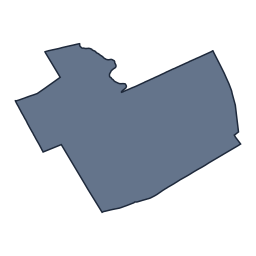 outline of Seaca, Olt, Romania
{"feature_id": "2599482B6293048633875", "entity_name": "Seaca", "entity_type": "district", "adm_level": 2, "iso_a3": "ROU", "parent_name": "Romania", "parent_adm1": "Olt", "projection": "orthographic", "projection_center": [24.742, 44.162], "detail": "fine", "context": "isolated", "style": "filled", "palette": "slate", "viewbox_px": 256, "rotation_deg": 0, "n_neighbors": 0, "source": "geoboundaries", "source_scale": "gbopen_adm2", "svg_char_len": 5060}
<svg xmlns="http://www.w3.org/2000/svg" viewBox="0 0 256 256"><path d="M240.6,144.0L235.4,137.1L234.3,135.1L235.3,134.4L238.5,131.9L236.4,114.4L236.0,111.0L235.3,105.1L232.2,93.7L231.6,90.9L231.1,89.5L228.9,83.7L226.4,78.2L224.2,73.2L220.4,65.6L216.0,57.0L213.8,52.7L213.3,51.6L212.9,50.8L212.4,50.9L212.2,51.1L211.9,51.3L211.8,51.5L211.6,51.6L211.2,51.7L210.9,51.9L210.6,52.0L209.7,52.4L209.5,52.5L202.9,55.5L202.0,55.9L201.0,56.4L200.1,56.8L199.2,57.2L198.3,57.6L197.6,57.9L196.9,58.2L196.1,58.5L195.2,59.0L194.5,59.3L193.7,59.6L193.1,59.9L192.2,60.3L191.9,60.4L191.3,60.7L190.7,61.0L190.0,61.2L189.3,61.6L188.8,61.9L188.2,62.2L187.3,62.6L186.3,63.0L185.2,63.5L184.4,63.9L183.7,64.2L182.8,64.6L182.0,65.0L180.8,65.5L179.9,65.9L179.0,66.4L178.0,66.8L177.1,67.2L176.2,67.6L175.3,68.1L174.3,68.5L173.5,68.8L172.6,69.2L171.9,69.5L171.1,69.9L170.3,70.3L169.1,70.8L168.2,71.3L167.1,71.7L165.9,72.3L164.6,73.0L164.0,73.3L163.1,73.7L162.4,74.0L160.9,74.7L160.4,75.0L159.7,75.3L158.7,75.8L157.1,76.5L156.4,76.8L155.5,77.2L154.4,77.7L153.4,78.2L152.4,78.7L151.8,78.9L150.7,79.4L150.1,79.7L149.3,80.1L148.3,80.5L147.3,81.0L146.5,81.3L145.6,81.7L144.7,82.1L144.3,82.4L142.3,83.3L140.1,84.3L138.0,85.3L136.5,86.0L135.6,86.4L134.2,87.0L132.3,87.7L130.3,88.6L128.0,89.6L126.8,90.1L125.7,90.5L125.1,90.8L124.4,91.1L123.4,91.6L122.5,92.0L121.9,92.2L121.6,92.3L121.4,92.0L121.8,91.3L122.6,90.5L123.5,89.7L124.3,89.2L125.2,88.4L125.8,87.9L126.1,87.3L126.3,86.8L126.4,86.4L126.3,85.8L125.9,85.0L125.6,84.4L125.4,84.1L125.0,83.8L124.2,83.7L123.3,83.6L122.3,83.6L121.4,83.7L120.7,83.7L119.5,83.6L118.8,83.4L117.9,83.0L116.4,82.3L115.2,81.7L114.4,81.2L113.9,80.7L113.4,80.1L113.0,79.6L112.2,79.1L111.8,78.7L111.4,78.3L111.1,77.7L110.9,77.5L110.5,77.3L110.1,77.1L109.8,76.8L109.6,76.6L109.6,76.2L109.5,75.8L109.5,75.2L109.5,74.7L109.5,74.1L109.7,73.6L110.0,73.2L110.4,72.5L110.7,71.9L111.0,71.2L111.3,70.8L112.0,70.1L112.9,69.3L113.8,68.6L114.7,68.1L115.2,67.7L115.6,67.3L115.8,66.9L116.0,66.2L116.0,65.7L115.9,65.3L115.8,64.9L115.6,64.4L115.3,63.9L115.0,63.3L114.8,62.8L114.7,62.3L114.7,61.8L114.5,61.3L114.3,60.9L114.1,60.7L113.4,60.3L112.8,60.0L112.3,59.7L111.8,59.5L111.4,59.4L110.8,59.4L110.2,59.5L109.8,59.6L109.0,59.7L108.3,59.8L107.6,59.7L106.8,59.5L106.3,59.4L105.8,59.2L105.5,59.0L105.3,58.8L105.1,58.7L104.9,58.6L104.6,58.5L104.2,58.2L103.6,57.7L103.4,57.5L103.1,57.2L102.9,56.9L102.5,56.6L102.4,56.5L102.3,56.4L102.1,56.4L101.9,56.2L101.6,56.0L101.4,55.8L101.1,55.7L100.5,55.3L100.1,55.0L99.8,54.8L99.5,54.5L99.1,54.2L98.6,53.9L98.3,53.6L98.0,53.5L97.7,53.4L97.4,53.2L97.0,53.0L96.7,52.9L96.5,52.7L96.3,52.5L96.1,52.3L96.0,52.1L95.8,52.0L95.7,51.8L95.6,51.7L95.3,51.4L95.1,51.3L94.9,51.2L94.7,51.0L94.4,50.9L94.0,50.8L93.7,50.6L93.4,50.5L93.2,50.4L92.8,50.3L92.7,50.2L92.3,50.0L92.2,49.9L91.9,49.5L91.7,49.2L91.3,49.0L91.0,49.0L90.6,48.8L90.2,48.6L89.9,48.5L89.6,48.4L89.3,48.4L89.1,48.4L88.9,48.4L88.6,48.3L88.3,48.3L87.9,48.4L87.0,48.4L86.5,48.5L86.0,48.5L85.6,48.5L85.4,48.5L85.0,48.4L84.6,48.3L84.0,48.2L83.6,48.1L83.3,48.1L83.1,48.1L82.9,48.2L82.7,48.2L82.2,48.1L81.7,47.9L81.5,47.7L81.2,47.4L80.9,47.1L80.7,46.9L80.5,46.7L80.3,46.5L80.2,46.3L80.1,46.2L79.8,45.8L79.8,45.6L79.7,45.4L79.7,45.2L79.7,44.9L79.7,44.4L79.7,44.0L79.6,43.7L78.4,43.9L76.1,44.4L73.6,45.0L72.7,45.2L70.4,45.7L67.3,46.4L66.0,46.7L64.7,47.0L62.1,47.6L60.0,48.2L58.4,48.6L56.6,49.0L54.7,49.4L52.7,49.8L50.1,50.4L48.6,50.7L48.4,50.8L48.2,50.8L47.7,51.0L46.5,51.3L45.8,51.5L45.5,51.6L45.0,51.8L45.1,52.1L45.4,52.7L52.4,64.3L60.2,77.3L53.4,82.2L46.6,87.0L46.1,87.4L38.2,92.9L38.0,93.0L37.2,93.6L36.8,93.7L33.5,94.9L31.6,95.5L29.2,96.3L22.4,98.8L19.6,99.8L19.0,100.0L17.4,100.5L16.7,100.7L16.0,100.9L15.5,100.7L15.4,100.7L15.4,100.9L16.4,103.0L16.6,103.3L17.1,104.3L17.8,105.5L18.5,106.7L19.0,107.7L19.6,108.9L20.1,109.7L20.9,111.3L21.5,112.5L22.1,113.5L22.6,114.4L22.9,114.9L23.5,115.9L24.0,116.9L24.9,118.6L25.6,119.7L26.0,120.4L26.5,121.4L27.0,122.4L27.3,123.1L27.8,124.1L28.4,125.1L28.9,126.1L29.5,127.2L30.1,128.3L30.8,129.5L31.8,131.3L32.3,132.2L32.8,132.9L33.3,134.0L33.8,135.0L34.5,136.1L35.0,137.1L35.9,138.8L37.0,140.7L37.8,142.1L38.5,143.3L39.1,144.4L39.8,145.7L40.1,146.3L40.7,147.4L42.1,150.2L42.3,150.5L42.5,150.8L42.7,151.1L43.1,152.0L55.4,147.0L61.3,144.6L84.8,184.0L87.9,189.3L102.1,212.3L103.7,211.5L105.3,211.2L110.6,209.9L112.4,209.5L114.8,209.0L118.5,208.3L119.4,208.1L121.0,207.6L122.9,206.9L124.3,206.4L126.0,205.8L127.1,205.4L127.6,205.2L132.2,203.4L133.6,202.9L134.0,202.7L134.3,202.4L134.4,202.2L134.6,202.1L134.9,202.0L135.4,202.0L136.5,202.0L137.3,201.9L141.0,200.8L142.6,200.3L145.8,199.4L147.5,198.9L148.7,198.6L149.8,198.2L150.4,198.0L154.5,195.9L156.9,194.5L161.8,191.1L162.8,190.4L163.6,189.9L165.0,189.0L166.9,187.9L167.9,187.2L169.3,186.4L171.4,185.2L173.8,183.8L176.0,182.4L176.7,182.0L180.4,179.6L181.0,179.3L183.5,177.9L186.9,176.0L190.1,174.1L193.6,171.9L197.5,169.6L201.9,167.2L205.1,165.3L208.8,162.9L213.0,160.4L218.6,157.1L224.0,153.9L226.9,152.2L232.0,149.2L236.1,146.8L238.3,145.5L240.6,144.0Z" fill="#64748b" stroke="#1e293b" stroke-width="1.5"/></svg>